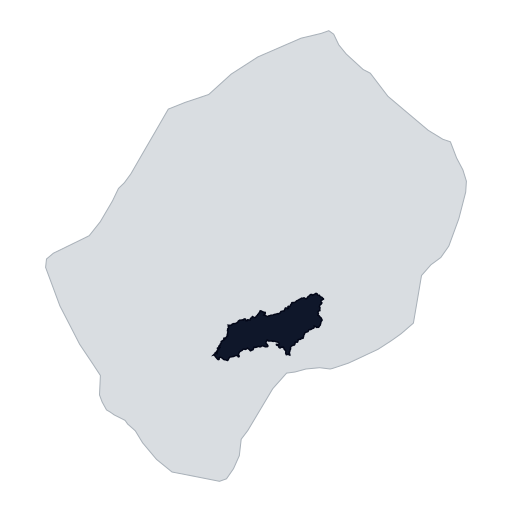 Senqunyane, Mohale's Hoek, Lesotho shown in context
{"feature_id": "5366337B33484632256232", "entity_name": "Senqunyane", "entity_type": "district", "adm_level": 2, "iso_a3": "LSO", "parent_name": "Lesotho", "parent_adm1": "Mohale's Hoek", "projection": "natural_earth1", "projection_center": [28.303, -29.937], "detail": "fine", "context": "in_parent", "style": "filled", "palette": "ink", "viewbox_px": 512, "rotation_deg": 0, "n_neighbors": 0, "source": "geoboundaries", "source_scale": "gbopen_adm2", "svg_char_len": 7011}
<svg xmlns="http://www.w3.org/2000/svg" viewBox="0 0 512 512"><path d="M348.5,363.1L332.3,368.5L330.1,369.0L319.7,367.7L305.9,369.0L295.0,372.0L286.6,373.1L272.8,388.6L247.8,430.5L241.2,439.2L239.3,455.7L233.5,468.7L226.5,478.8L219.5,481.3L198.7,477.2L172.0,472.0L156.5,459.4L142.6,442.8L135.3,430.8L127.7,424.1L125.1,420.4L114.2,414.9L110.1,412.0L106.5,409.9L102.1,401.9L99.5,394.9L100.4,375.5L92.8,363.9L79.6,344.2L71.3,328.0L59.9,305.9L52.9,287.0L45.6,267.4L46.5,259.0L53.4,253.2L73.5,243.4L89.2,235.7L100.3,221.7L112.5,200.9L118.5,188.4L124.4,182.7L130.9,173.8L142.2,154.2L154.8,132.5L168.3,109.1L185.4,102.3L208.7,94.5L231.2,74.1L257.9,56.9L301.0,38.2L321.2,33.4L328.8,30.7L333.7,34.2L338.8,44.9L346.1,53.9L363.1,69.5L370.3,73.2L387.9,96.3L406.6,112.1L428.2,130.3L442.9,139.3L450.4,141.8L456.6,158.0L462.9,169.9L466.4,181.2L465.7,192.1L458.8,218.8L448.8,246.1L440.8,257.5L431.0,264.7L421.5,275.5L417.8,297.4L413.4,323.1L401.0,333.8L391.3,340.7L378.0,349.3L348.5,363.1Z" fill="#d9dde1" stroke="#a8b0b8" stroke-width="1"/><path d="M227.5,360.5L227.7,360.4L227.9,360.2L229.3,357.6L229.6,357.3L230.1,357.0L232.2,356.7L233.1,356.5L233.6,356.5L235.2,355.7L236.2,355.5L237.2,355.6L237.7,355.8L238.1,356.7L238.6,356.9L239.0,356.7L239.2,356.3L239.1,355.8L238.6,354.8L238.5,354.2L239.4,352.0L240.3,351.3L242.2,350.3L242.9,349.4L243.3,349.2L244.2,349.1L245.2,349.4L245.6,349.4L246.7,348.8L247.4,348.1L247.8,348.3L249.3,349.5L250.4,350.8L251.0,350.6L252.0,350.0L252.7,349.9L253.0,349.6L253.6,348.4L253.7,347.5L253.8,347.3L254.1,347.1L255.6,347.4L256.0,347.3L257.5,346.8L258.1,346.4L258.6,346.4L259.4,346.8L260.7,346.8L261.1,346.5L261.3,346.0L261.8,345.8L263.1,345.9L265.3,346.8L267.2,346.7L267.5,346.6L267.8,346.3L267.9,346.0L267.8,345.5L267.0,344.3L265.9,343.3L265.9,343.0L266.0,342.4L266.2,341.5L266.7,340.8L267.2,339.9L267.5,340.0L267.8,340.2L268.0,340.7L268.5,341.0L270.2,341.0L271.5,340.7L271.8,340.8L272.0,341.2L272.3,341.3L272.9,341.1L273.2,341.4L273.7,341.1L274.6,341.2L276.3,341.8L278.0,342.2L279.3,343.7L279.3,344.0L279.1,344.3L278.4,344.9L277.9,344.9L277.3,344.4L277.0,344.3L276.4,344.4L276.4,344.6L276.5,345.0L276.9,345.3L278.2,345.6L278.7,346.2L278.9,347.3L279.1,347.5L279.7,347.9L280.4,347.9L281.3,347.1L282.7,347.4L282.9,347.0L283.4,347.1L283.9,348.0L284.0,348.9L284.2,349.2L285.6,350.7L285.9,351.3L285.7,353.3L286.1,354.0L286.2,354.6L286.3,354.7L286.9,354.6L288.4,354.1L288.9,354.5L289.1,354.9L289.8,355.1L289.8,354.4L289.5,353.7L289.5,352.8L289.3,352.5L289.2,351.9L289.4,351.6L289.6,351.5L289.8,351.3L289.9,350.7L289.9,350.2L290.2,349.8L290.5,349.2L290.6,348.6L290.4,348.0L290.6,347.0L291.6,345.8L292.8,345.5L293.4,345.1L294.4,345.0L294.7,344.5L294.8,344.1L295.0,343.7L295.1,342.8L295.1,342.4L295.2,342.2L296.2,342.1L297.1,342.2L297.5,342.1L298.1,340.5L298.1,339.7L299.2,339.4L300.6,339.3L300.8,339.2L301.1,338.8L301.2,338.2L301.4,337.9L301.7,337.9L302.6,338.4L303.0,338.3L303.2,337.5L303.5,336.8L303.8,335.1L304.0,334.7L304.4,334.2L304.4,333.7L304.5,333.5L304.9,332.9L305.0,332.8L305.9,332.2L306.8,332.0L307.1,331.8L307.7,331.7L307.9,331.6L308.2,331.2L308.8,329.8L309.0,329.7L309.6,329.6L310.5,329.6L311.4,329.2L311.8,328.8L313.7,328.1L313.8,327.6L314.2,327.2L314.4,326.7L314.3,326.1L315.7,326.6L316.4,327.3L316.5,327.4L316.9,327.4L317.4,327.1L317.9,327.3L318.4,327.3L318.8,327.1L319.6,325.7L320.3,325.0L320.5,323.8L320.7,323.4L320.8,322.5L321.1,321.6L321.3,321.1L322.0,320.5L322.0,319.9L322.0,319.7L321.5,318.9L321.4,318.4L321.0,317.8L320.2,317.2L319.1,315.8L318.3,315.4L317.9,315.2L318.0,315.0L318.0,314.5L318.4,313.7L318.0,312.5L318.0,312.0L318.1,311.6L318.8,310.9L319.9,310.6L319.7,309.6L319.8,309.4L319.8,308.9L320.0,307.8L319.6,307.6L319.6,307.0L319.4,306.3L320.2,304.6L321.0,304.3L321.8,303.1L321.9,302.9L321.3,302.4L321.0,301.7L321.1,300.6L321.1,300.4L321.5,300.2L322.2,300.0L323.2,298.9L323.4,299.0L323.4,298.7L322.6,298.2L322.2,297.6L321.7,297.2L320.4,296.9L319.8,296.0L319.4,295.3L319.0,295.2L318.4,295.4L317.7,295.2L317.5,294.9L317.3,294.0L316.6,293.5L316.1,293.4L315.6,293.5L314.8,294.1L313.4,294.8L312.8,295.4L312.6,295.4L312.3,294.8L311.9,294.5L310.8,294.5L310.4,294.7L309.6,295.4L309.1,296.1L308.1,296.6L306.9,298.3L306.3,298.8L305.4,298.8L304.7,298.1L304.3,297.9L303.7,297.9L303.0,298.3L302.5,298.3L301.8,298.1L301.3,298.3L300.8,298.8L299.1,299.5L298.4,300.1L296.5,300.9L295.4,302.2L294.1,302.5L292.0,302.6L291.7,302.9L291.4,304.0L290.6,304.9L290.1,306.3L289.9,306.5L289.4,306.6L288.5,306.3L288.3,306.3L288.0,306.6L287.9,306.9L288.0,307.2L287.9,307.9L288.1,308.5L287.7,308.7L287.2,308.3L286.6,308.1L285.7,307.9L285.3,308.1L285.1,308.4L285.0,308.9L284.0,311.0L283.1,311.0L280.9,311.5L280.3,312.8L278.5,313.8L277.8,313.6L276.9,313.9L276.0,314.1L275.0,314.5L274.3,314.4L273.1,315.1L272.6,315.2L271.0,315.2L270.5,315.4L269.9,315.7L268.9,315.8L267.8,316.5L267.5,316.5L266.4,316.1L265.4,315.5L263.7,315.1L263.8,314.9L264.4,314.7L264.8,314.5L265.0,313.9L265.3,313.3L265.2,312.4L264.8,312.3L263.9,312.6L263.7,312.2L263.0,312.0L262.9,311.8L262.2,311.7L261.6,311.1L260.2,310.8L260.0,311.2L259.8,311.9L258.3,314.1L257.7,314.5L257.5,315.3L256.3,316.2L255.8,317.1L255.5,317.4L255.1,317.6L254.6,317.6L253.5,317.2L252.5,316.5L252.3,316.6L252.2,317.0L251.7,317.9L251.2,318.2L250.7,318.2L250.5,318.5L250.0,320.2L248.6,320.0L248.0,319.7L247.6,319.8L247.3,320.6L246.6,320.5L246.1,320.8L245.6,319.8L245.6,319.3L245.4,319.1L245.0,318.9L244.1,319.0L243.8,319.2L243.5,320.0L243.3,320.1L242.3,319.8L241.2,320.2L239.8,320.1L238.3,321.1L237.7,322.4L237.2,322.5L236.5,323.1L235.7,323.4L234.8,323.6L233.6,323.6L232.5,324.0L232.1,324.2L231.7,324.9L231.3,325.3L230.6,325.2L230.4,325.3L229.9,325.3L229.8,325.5L228.8,325.2L228.2,325.2L228.4,325.5L228.3,326.4L228.3,326.5L228.6,326.5L228.8,326.9L228.8,327.1L228.5,327.8L228.6,328.6L228.2,328.6L227.8,328.7L227.6,329.1L227.7,329.5L227.7,330.2L227.4,330.8L227.5,331.0L228.0,331.3L228.0,331.9L227.5,333.3L227.7,334.1L227.3,334.5L227.2,334.9L227.3,335.1L227.7,335.5L227.7,335.8L227.3,335.8L227.0,336.0L226.6,337.0L226.0,337.4L225.7,338.3L225.3,338.2L224.9,338.3L224.9,338.7L224.7,338.8L224.4,338.5L224.5,338.1L224.0,338.1L223.9,338.3L223.8,338.8L223.8,339.1L224.3,339.4L223.9,339.7L223.8,340.1L223.5,340.1L221.2,341.5L221.2,342.6L220.9,343.6L220.7,343.8L220.2,344.1L220.1,344.5L220.2,344.8L220.0,345.0L219.8,345.4L219.1,345.8L218.8,346.4L218.9,346.7L220.0,347.2L220.1,347.5L219.4,347.8L219.3,348.2L218.8,348.4L218.5,348.4L218.1,347.9L217.8,347.9L217.5,348.1L217.4,348.2L217.7,348.8L218.0,348.9L218.5,349.0L218.8,349.3L218.7,349.5L218.2,349.6L217.4,350.3L217.4,350.6L217.6,350.9L217.6,351.4L217.5,351.6L217.4,352.0L216.9,351.9L216.5,351.6L216.4,351.8L217.2,352.3L217.2,352.6L216.9,353.1L217.0,353.6L216.6,353.5L216.2,352.9L215.8,352.8L215.4,352.8L215.5,353.1L215.3,353.7L214.6,353.9L213.5,355.0L213.9,354.9L214.7,355.5L215.4,356.6L216.5,357.9L217.6,359.2L218.2,359.6L218.7,359.6L219.2,359.1L219.2,358.7L219.1,358.2L219.2,357.7L220.1,357.2L220.6,357.2L222.2,358.1L223.6,359.4L224.3,359.7L225.3,359.7L227.5,360.5Z" fill="#0f172a" stroke="#020617" stroke-width="1.5"/></svg>